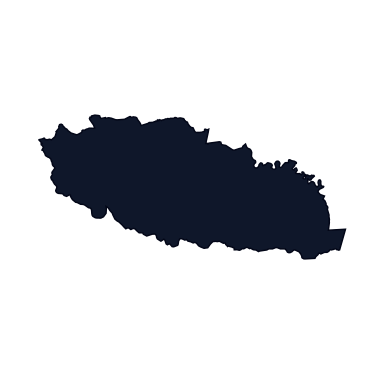 outline of I. L. Caragiale, Dâmbovita, Romania, rotated 328°
{"feature_id": "2599482B67879867779478", "entity_name": "I. L. Caragiale", "entity_type": "district", "adm_level": 2, "iso_a3": "ROU", "parent_name": "Romania", "parent_adm1": "Dâmbovita", "projection": "mercator", "projection_center": [25.703, 44.911], "detail": "fine", "context": "isolated", "style": "filled", "palette": "ink", "viewbox_px": 384, "rotation_deg": 328, "n_neighbors": 0, "source": "geoboundaries", "source_scale": "gbopen_adm2", "svg_char_len": 6009}
<svg xmlns="http://www.w3.org/2000/svg" viewBox="0 0 384 384"><g transform="rotate(328 192 192)"><path d="M286.5,319.3L302.4,304.9L287.4,296.7L292.2,290.8L293.0,289.3L293.9,288.2L295.1,285.4L296.0,284.1L297.6,278.4L298.7,277.4L299.1,276.7L299.1,275.4L298.7,274.3L299.6,272.7L300.0,270.0L299.6,268.3L299.1,267.6L302.2,265.6L299.4,262.1L298.8,258.9L299.8,257.8L301.4,257.2L305.6,257.6L306.5,257.3L306.6,257.0L306.5,256.8L305.2,255.9L305.0,254.7L305.7,253.0L306.9,251.2L307.1,249.9L306.4,249.2L305.6,249.3L304.9,249.7L303.8,251.0L303.1,253.4L302.7,253.8L301.4,253.8L300.9,254.2L300.7,254.1L300.2,252.3L300.1,250.5L300.6,249.4L300.1,247.5L299.4,246.9L298.1,246.4L296.1,246.9L295.4,246.9L295.1,246.6L295.2,245.6L296.9,242.0L297.5,242.2L297.2,243.1L297.4,243.5L297.8,244.1L299.2,244.8L300.4,244.1L304.1,243.4L304.2,243.1L304.1,242.5L302.5,241.5L302.4,241.2L300.5,241.1L298.9,238.8L297.5,239.2L296.3,238.8L295.2,240.8L294.3,240.6L293.3,239.4L293.3,239.1L293.6,238.8L296.0,237.7L296.4,237.8L296.7,238.2L297.7,238.0L297.8,237.7L296.7,236.4L297.1,234.6L296.5,233.6L295.7,233.5L294.8,235.1L293.9,235.4L293.4,234.8L293.3,233.6L291.3,232.5L289.9,231.2L289.9,230.8L290.2,230.5L292.7,229.3L293.0,228.2L293.1,226.9L292.4,226.6L291.2,226.7L290.2,227.3L289.3,226.1L289.2,225.6L289.4,225.1L293.1,224.0L294.1,222.9L295.6,223.0L295.9,222.7L296.1,222.2L295.2,220.3L293.0,218.2L292.3,216.9L291.6,216.2L291.3,216.1L290.5,216.6L289.5,218.2L286.6,216.6L282.9,217.6L281.4,218.4L280.3,218.3L279.2,217.0L280.7,215.2L281.3,214.9L281.8,214.1L281.9,212.8L281.3,211.4L279.9,210.8L278.8,211.0L277.1,212.0L276.7,214.0L275.9,216.3L275.1,216.6L273.7,216.4L272.8,215.5L271.8,213.1L272.3,212.7L273.0,213.1L273.6,212.2L274.2,211.9L274.3,210.9L273.9,209.7L271.9,207.5L271.3,207.3L268.7,207.8L268.0,207.7L267.7,207.3L266.2,207.3L266.1,206.6L266.6,205.6L266.6,204.9L266.2,204.2L265.5,203.7L263.5,204.3L262.5,205.3L261.0,206.0L259.7,205.9L258.5,205.2L258.2,204.6L258.0,203.4L258.2,202.6L258.9,201.7L260.1,201.0L261.4,200.9L262.1,199.9L262.3,199.1L262.1,198.6L261.1,197.0L261.1,193.9L261.3,193.2L263.6,190.1L264.0,188.4L264.0,187.3L263.8,186.3L262.3,184.2L262.2,182.6L262.8,179.7L259.6,180.1L257.9,181.2L255.0,180.2L249.8,178.9L248.7,177.7L245.3,170.4L242.4,167.8L242.3,166.8L242.8,165.0L242.3,164.4L241.8,163.9L232.1,159.5L230.8,159.8L230.6,159.5L230.6,158.6L229.4,158.1L237.3,150.0L239.4,147.6L237.9,147.4L236.4,145.6L235.8,145.7L235.3,146.9L234.6,147.4L234.2,146.9L232.2,146.6L230.2,145.6L226.9,143.6L226.4,142.2L226.9,138.1L225.5,136.8L224.9,134.9L224.7,132.1L225.1,130.3L224.1,129.1L224.1,128.3L223.6,127.4L223.9,126.3L223.7,125.3L221.6,123.2L220.2,122.4L219.0,122.3L217.8,120.4L217.0,119.8L215.4,119.8L212.5,118.0L211.6,118.1L210.5,116.9L208.8,116.5L208.4,116.1L206.3,115.8L204.7,115.1L204.0,115.2L202.9,113.6L202.1,114.0L201.8,113.3L201.1,113.6L200.8,112.7L200.1,113.3L199.0,112.7L198.7,113.0L197.3,112.4L195.9,112.3L192.5,110.4L190.9,110.5L184.0,108.7L184.4,107.0L184.5,105.1L184.2,102.3L184.4,99.7L183.8,98.7L181.9,97.1L180.5,96.9L180.1,96.4L179.7,95.4L179.2,95.1L173.3,94.6L166.6,91.1L165.3,90.0L162.7,86.7L160.7,84.9L157.6,83.7L157.9,83.0L153.6,81.4L153.8,80.5L153.7,79.8L154.0,78.5L153.1,77.5L150.3,75.3L147.1,74.3L146.2,75.4L145.3,74.5L144.0,75.3L143.7,76.4L144.0,82.9L143.4,86.2L142.6,86.0L138.6,83.4L137.0,83.2L135.6,82.7L133.9,82.8L132.1,81.6L131.1,81.8L130.8,82.5L129.6,83.0L125.5,82.7L124.3,82.2L120.7,77.9L119.4,74.5L119.1,72.3L118.1,70.7L118.1,69.6L117.6,68.1L117.7,66.4L117.1,65.3L116.5,65.0L115.4,64.7L113.6,66.0L113.1,67.3L108.7,68.8L108.9,69.3L105.2,72.5L100.5,73.3L99.1,71.7L97.2,71.1L95.4,69.8L95.3,69.5L95.4,68.4L95.1,67.9L93.3,67.7L90.1,66.6L89.8,66.7L90.6,71.3L89.5,71.2L89.2,72.3L89.6,72.8L89.7,75.4L87.0,76.9L87.8,78.1L87.6,79.9L87.7,80.8L87.1,83.5L88.3,86.0L89.3,87.3L89.8,89.6L89.4,90.2L89.5,90.8L89.1,91.5L89.1,92.8L88.7,93.3L88.6,94.3L88.1,94.8L88.1,96.6L88.6,97.7L88.5,98.3L88.0,99.3L83.9,101.0L83.2,101.7L83.3,102.5L82.4,103.5L80.3,104.5L79.8,105.4L79.7,106.7L79.4,107.1L79.5,107.5L80.1,108.0L80.1,108.5L79.7,109.4L79.6,112.5L80.2,114.7L80.1,115.9L79.6,116.8L77.5,118.3L77.0,118.9L76.9,120.6L77.8,122.2L81.4,124.9L81.7,127.1L83.3,129.2L87.0,129.5L87.3,130.2L86.8,130.9L86.6,132.6L86.6,135.2L87.9,139.0L89.1,140.1L91.0,143.3L93.3,145.0L94.2,146.3L95.9,150.4L97.2,151.7L97.6,152.5L97.2,154.2L95.5,157.5L95.0,159.0L95.1,160.2L96.3,162.5L97.4,163.5L100.9,165.8L103.8,166.1L107.8,164.5L110.4,160.9L111.5,158.7L112.6,161.3L112.6,164.2L113.2,167.7L112.8,169.4L112.3,174.1L113.1,176.7L114.2,178.7L115.3,182.9L116.0,186.9L116.4,187.4L116.4,188.1L118.3,188.3L118.9,188.6L119.7,189.7L120.0,191.0L120.3,191.4L122.1,191.6L123.2,192.0L123.8,192.7L124.4,193.8L124.4,194.8L125.5,198.5L127.8,200.0L128.7,201.0L128.4,202.0L130.3,205.3L136.0,206.7L138.3,208.0L138.6,209.1L138.7,210.0L137.9,212.0L137.8,213.5L139.6,217.2L143.1,217.1L143.5,218.4L142.6,222.3L143.2,223.7L144.7,223.8L145.7,224.4L146.2,227.8L147.5,228.8L151.6,229.6L152.6,228.9L154.6,226.5L156.9,225.2L158.7,226.3L160.5,229.0L162.1,229.3L162.5,231.4L164.6,233.6L166.0,235.8L167.5,236.1L168.7,237.6L169.1,241.1L170.2,243.1L172.4,246.1L175.8,247.6L179.9,245.9L183.4,245.1L186.0,246.4L187.1,247.4L189.2,248.3L191.4,252.0L193.1,252.9L192.8,254.5L193.2,255.7L193.3,257.0L194.1,256.8L194.3,257.3L196.6,259.7L197.7,261.4L198.1,262.3L197.6,262.7L197.2,263.4L199.6,264.8L201.3,266.5L202.6,266.8L204.5,266.6L205.9,267.6L208.4,267.7L209.2,268.0L209.8,268.6L210.8,270.5L211.9,270.7L213.4,273.4L215.6,275.2L216.8,277.7L218.1,277.9L224.8,280.8L227.0,280.9L230.2,282.9L233.6,283.5L234.7,284.2L236.8,287.0L240.9,289.6L240.8,290.1L241.2,291.3L241.1,293.6L241.9,294.7L243.1,295.4L245.1,295.6L246.9,295.2L248.4,295.4L251.1,299.4L251.4,302.5L251.1,304.6L250.6,305.5L250.5,306.3L251.4,307.9L252.4,308.6L261.1,313.4L262.8,312.4L265.6,311.9L266.9,311.1L267.6,311.3L268.5,312.8L272.2,313.3L274.6,314.7L276.5,314.8L278.1,314.1L278.6,314.1L279.4,314.9L281.7,315.7L283.4,316.0L284.2,317.1L284.3,317.8L285.1,318.2L285.4,318.9L286.5,319.3Z" fill="#0f172a" stroke="#020617" stroke-width="1.5"/></g></svg>